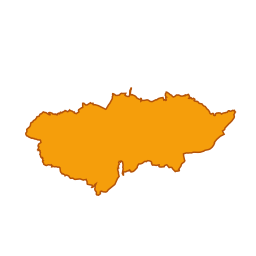 the district of Ponoarele, Mehedinti, Romania, rotated 310°
{"feature_id": "2599482B4179023140434", "entity_name": "Ponoarele", "entity_type": "district", "adm_level": 2, "iso_a3": "ROU", "parent_name": "Romania", "parent_adm1": "Mehedinti", "projection": "orthographic", "projection_center": [22.761, 44.974], "detail": "fine", "context": "isolated", "style": "filled", "palette": "amber", "viewbox_px": 256, "rotation_deg": 310, "n_neighbors": 0, "source": "geoboundaries", "source_scale": "gbopen_adm2", "svg_char_len": 5740}
<svg xmlns="http://www.w3.org/2000/svg" viewBox="0 0 256 256"><g transform="rotate(310 128 128)"><path d="M208.6,196.7L207.4,196.3L206.3,195.3L206.4,194.7L205.9,194.0L205.4,193.8L203.8,193.9L203.0,193.1L202.1,192.7L201.8,192.3L200.4,191.2L198.8,190.7L198.8,189.3L198.7,188.9L197.7,187.5L197.3,187.3L196.7,186.5L195.0,185.9L193.8,186.7L193.2,186.4L192.9,185.5L193.8,184.3L193.9,183.9L193.5,183.4L192.1,182.7L191.9,182.1L192.2,180.7L192.7,180.3L193.4,178.1L193.4,176.2L194.1,173.4L193.6,171.9L193.6,170.8L194.0,169.2L192.6,166.6L193.0,165.2L192.9,164.0L192.3,163.4L192.3,162.9L191.9,162.5L191.4,161.4L191.5,161.0L192.7,160.9L193.0,160.5L192.8,159.0L191.9,158.7L191.4,158.2L191.7,157.3L191.7,156.7L191.5,156.3L191.2,156.1L190.9,156.5L190.5,156.5L189.8,155.5L191.2,155.3L192.0,154.2L192.6,152.7L192.4,152.5L191.0,151.8L190.2,150.6L189.9,150.5L189.3,150.9L188.8,150.1L187.6,149.4L186.4,148.0L185.9,145.7L184.4,143.9L182.7,143.7L180.9,142.9L180.8,142.4L180.8,141.3L181.1,140.4L180.6,138.4L180.7,138.0L180.7,136.8L180.4,134.6L180.0,134.2L179.5,134.6L178.5,134.6L176.9,135.7L176.5,136.7L176.2,137.0L176.3,137.5L175.8,137.2L175.3,137.5L174.3,138.9L174.2,139.3L173.7,139.4L173.2,139.0L173.1,138.3L173.2,137.8L172.4,137.5L173.8,135.2L172.1,133.7L170.1,132.4L168.0,131.9L167.5,131.2L163.8,129.6L163.1,128.7L162.6,127.8L162.3,125.3L161.7,124.4L159.7,122.8L158.0,120.9L156.8,120.6L157.5,120.0L158.6,119.9L159.1,119.2L158.9,118.8L158.0,119.0L157.6,118.7L157.1,117.9L156.7,115.3L157.0,114.4L157.1,113.1L156.7,111.3L156.3,110.5L156.3,109.9L155.9,109.5L155.6,109.4L155.4,108.9L155.5,108.2L156.5,107.2L158.7,105.8L159.9,105.5L161.2,104.5L157.7,105.5L154.3,108.1L152.8,108.5L151.8,107.3L151.3,105.9L151.2,104.6L153.1,104.0L150.9,101.6L150.6,100.9L149.6,100.3L147.7,100.2L146.0,98.8L145.0,97.5L145.2,96.4L144.7,94.4L144.5,94.2L143.9,94.5L143.7,95.4L142.2,95.7L140.7,96.9L139.9,97.2L135.0,98.2L133.4,98.2L128.7,99.0L128.0,98.9L126.1,91.0L124.7,87.8L123.6,86.5L123.5,86.1L124.4,85.4L123.3,84.1L122.9,83.5L123.1,83.0L119.5,81.9L118.5,80.9L118.6,80.3L118.4,79.3L118.6,78.4L118.1,77.6L117.8,77.4L114.6,80.1L113.6,79.4L110.3,78.5L109.7,78.7L109.0,79.8L108.6,80.0L106.9,79.4L105.8,79.2L105.6,78.8L105.3,77.7L105.0,77.4L105.6,76.5L105.3,76.4L105.1,75.5L105.0,74.2L104.5,73.5L104.5,72.7L103.6,72.0L103.9,71.7L102.0,71.5L101.7,71.3L101.5,71.0L101.5,70.3L101.1,69.3L101.2,69.1L100.9,68.6L100.5,68.8L100.0,68.4L99.2,68.3L98.6,67.8L97.1,67.6L96.9,66.3L96.2,66.0L95.8,66.4L94.9,66.5L94.6,65.7L94.6,65.2L93.7,64.9L92.9,65.3L92.5,65.2L92.7,64.7L91.7,63.6L92.0,63.4L90.4,61.7L90.6,61.2L90.5,60.3L89.7,58.2L88.9,57.6L88.0,59.2L88.2,59.7L88.1,59.8L87.5,59.2L87.0,55.1L86.3,54.2L86.1,53.1L85.8,53.1L85.3,52.6L83.4,52.6L82.5,51.9L81.9,51.8L79.8,52.3L78.1,51.0L76.6,51.5L74.6,51.5L72.9,50.8L71.4,51.1L69.7,50.3L68.6,50.7L67.2,51.6L65.8,51.9L61.9,51.3L60.3,52.8L59.3,53.1L58.4,53.0L57.4,54.0L56.9,55.5L57.3,56.1L57.3,57.6L57.8,59.1L57.8,59.5L58.0,59.8L58.1,60.6L58.8,61.3L59.2,62.4L59.6,62.8L59.5,63.3L60.6,65.2L60.9,66.5L62.3,68.3L62.1,68.5L62.2,69.0L61.0,70.6L58.2,69.9L56.4,70.6L56.6,71.0L56.3,71.9L55.0,72.2L54.3,72.7L53.2,72.8L53.3,73.5L53.1,73.7L53.4,73.9L54.2,73.4L54.2,73.8L53.9,74.2L54.1,75.0L54.0,75.3L53.2,75.8L53.0,76.6L51.1,77.5L51.1,78.0L50.1,79.3L49.7,80.0L49.6,81.1L50.2,81.1L50.4,81.5L49.9,81.9L49.9,82.3L48.4,83.3L48.2,83.8L48.4,84.1L47.3,84.2L47.2,84.4L47.0,85.5L46.1,86.8L46.4,88.7L46.8,89.6L48.2,90.3L49.0,91.0L49.6,92.3L50.6,92.9L50.4,93.5L49.9,93.9L50.3,93.9L50.3,94.3L49.6,94.8L50.6,95.6L51.2,96.9L52.2,97.7L52.8,99.3L53.7,100.3L53.8,101.3L53.7,101.6L51.5,103.9L51.0,104.8L50.6,106.7L50.8,106.9L50.6,107.2L51.2,107.8L51.1,108.1L51.4,109.2L51.4,109.9L51.0,110.5L51.7,110.7L52.4,111.1L53.1,113.2L53.1,113.6L52.6,115.0L52.5,116.3L54.1,118.0L54.3,119.9L54.6,120.5L58.2,124.0L59.4,127.3L59.9,127.5L61.7,129.1L61.2,129.5L61.0,130.3L60.6,131.1L59.2,132.4L58.8,133.1L61.1,137.2L60.8,137.9L60.0,138.4L59.2,138.3L59.2,138.5L60.1,139.1L61.9,139.3L63.5,139.0L64.7,139.3L62.5,140.0L61.1,141.2L60.1,141.6L59.5,142.2L59.0,143.1L58.7,144.8L58.2,145.4L56.9,146.3L56.7,147.1L57.6,148.6L59.9,149.1L60.9,148.0L61.7,147.8L61.9,148.2L62.5,148.2L63.2,150.1L64.7,152.2L65.9,152.7L68.1,152.6L76.3,154.2L82.6,152.4L85.2,152.3L87.0,149.9L87.8,149.3L89.4,146.8L89.9,146.7L90.5,145.9L91.3,146.6L92.4,145.2L93.7,144.5L94.7,144.6L95.7,142.9L96.7,143.1L96.9,142.9L97.2,143.4L97.1,144.2L97.6,144.1L97.8,143.6L98.4,143.9L98.5,144.4L98.3,144.6L98.5,144.9L98.5,145.6L96.6,147.9L94.4,149.4L93.8,150.4L89.5,152.9L88.8,154.8L88.5,155.2L90.9,153.2L91.6,152.9L92.9,154.4L94.6,155.1L95.3,155.8L96.8,156.0L96.9,156.7L96.3,156.9L96.7,158.2L96.3,158.4L96.5,158.8L97.8,159.8L99.5,160.3L103.5,160.5L104.7,159.8L105.9,159.4L106.5,159.6L107.5,159.4L108.5,160.6L109.3,161.1L110.2,161.6L113.2,162.3L113.5,162.6L113.9,163.6L115.6,164.0L116.7,165.7L117.1,167.3L116.4,168.8L115.9,168.9L115.3,170.4L115.4,170.8L116.2,171.5L117.5,173.7L119.7,175.5L118.6,176.2L118.4,177.0L119.3,178.4L121.6,180.6L122.7,180.2L124.7,181.3L124.7,182.0L124.1,184.9L125.5,186.1L125.9,187.1L125.4,188.6L125.0,192.2L125.8,192.5L126.6,193.5L127.4,194.0L127.8,194.6L128.5,194.6L128.9,194.1L128.8,193.4L133.0,193.0L134.4,192.3L135.4,192.2L138.1,192.8L139.1,192.7L139.7,192.3L139.7,192.0L142.4,188.5L143.9,187.1L146.5,188.8L147.4,190.1L148.6,191.2L149.8,192.7L151.3,193.5L152.2,194.5L154.3,197.2L155.9,198.9L159.0,200.9L160.4,201.3L163.3,203.6L165.0,204.4L167.6,204.8L170.0,204.6L172.3,203.9L172.5,203.4L176.3,203.3L181.0,204.0L185.0,205.7L185.8,203.6L186.5,202.3L188.7,203.0L189.0,203.0L190.2,202.3L190.7,202.3L196.8,202.6L197.3,202.8L200.3,203.0L204.0,202.7L205.1,202.1L206.4,200.5L207.8,200.3L208.4,199.9L209.3,200.0L209.4,198.9L209.9,198.2L209.0,197.6L209.0,197.1L208.6,196.7Z" fill="#f59e0b" stroke="#b45309" stroke-width="1.5"/></g></svg>